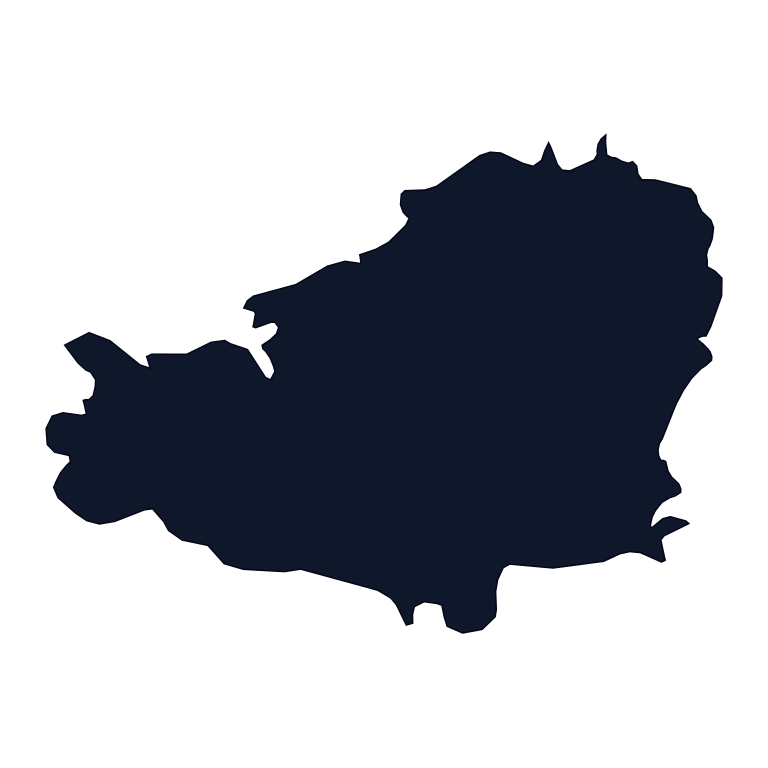 outline of Tavastia Proper
{"feature_id": "FIN-3185", "entity_name": "Tavastia Proper", "entity_type": "Region", "adm_level": 1, "iso_a3": "FIN", "parent_name": "Finland", "parent_adm1": "", "projection": "mercator", "projection_center": [24.379, 60.938], "detail": "fine", "context": "isolated", "style": "filled", "palette": "ink", "viewbox_px": 768, "rotation_deg": 0, "n_neighbors": 0, "source": "natural_earth", "source_scale": "10m", "svg_char_len": 2598}
<svg xmlns="http://www.w3.org/2000/svg" viewBox="0 0 768 768"><path d="M569.9,170.9L594.1,160.0L597.4,154.4L597.1,150.5L598.2,144.1L601.2,139.0L605.8,135.0L605.5,142.3L606.7,155.0L611.3,157.4L615.6,157.9L622.1,161.4L628.5,163.3L632.6,161.6L636.7,166.1L637.8,173.9L641.7,179.7L655.4,180.0L690.5,188.8L696.1,196.1L697.4,202.8L701.7,211.5L710.8,220.1L713.5,227.4L713.1,231.8L712.1,239.0L709.9,245.2L707.9,248.7L706.4,255.0L707.0,258.6L707.3,261.7L707.1,266.7L715.0,271.2L721.9,278.1L721.6,295.9L710.7,326.6L705.9,336.1L704.1,335.9L701.3,336.5L697.3,338.2L698.3,340.3L702.7,343.7L708.1,349.3L710.1,351.9L711.8,356.7L711.5,360.3L706.1,365.2L700.8,368.8L691.5,378.3L683.2,390.5L676.0,404.2L662.2,438.8L659.3,443.6L658.0,450.0L658.6,455.8L660.9,460.6L661.8,460.4L663.8,460.6L665.7,461.6L668.0,471.1L671.6,477.1L678.7,483.9L680.8,488.9L680.6,492.4L675.2,495.9L669.9,497.6L661.8,502.4L655.3,510.7L652.1,517.1L650.3,525.3L651.4,528.2L662.8,518.7L670.4,516.7L685.9,521.0L688.8,523.6L664.1,535.7L660.8,539.9L664.4,557.1L665.3,560.2L661.5,562.0L640.3,552.6L629.8,551.6L620.0,553.7L603.6,561.3L553.1,568.0L509.6,564.1L503.2,567.7L497.7,579.5L495.6,591.6L496.3,609.6L495.1,616.8L482.1,629.4L462.6,633.0L447.2,626.3L444.4,617.5L441.9,605.3L437.1,603.5L424.1,601.7L414.3,606.7L412.5,614.6L412.7,623.2L406.3,625.0L396.4,604.7L390.9,598.1L377.7,590.2L300.6,569.1L284.6,571.6L243.5,569.3L224.2,563.7L207.9,545.4L182.2,540.1L168.6,530.5L163.8,521.7L152.6,508.8L144.4,509.8L114.7,521.4L99.4,524.0L86.7,520.6L75.6,513.1L58.1,497.7L53.7,487.3L55.8,482.2L60.6,472.7L66.5,465.5L70.4,461.8L69.3,455.5L54.7,452.2L47.3,444.6L46.1,428.6L52.2,416.1L63.0,412.8L81.5,415.4L86.6,414.1L86.0,412.0L83.9,402.6L83.2,400.4L85.7,399.7L89.0,399.7L93.3,395.5L95.3,386.4L95.6,379.6L90.6,372.1L85.9,370.0L78.1,363.0L64.7,345.1L89.1,332.7L109.9,340.7L140.0,364.9L150.2,368.3L147.3,358.4L146.6,356.6L151.6,354.2L186.7,354.3L211.2,342.3L224.9,340.5L229.9,343.6L247.5,349.6L265.4,377.4L270.6,379.9L274.9,371.5L273.6,366.4L270.2,357.9L265.6,351.3L262.9,348.7L262.1,345.3L270.7,339.4L276.5,333.8L278.7,327.4L274.9,322.3L271.0,322.2L255.6,327.7L253.0,326.7L253.6,324.4L255.0,316.0L255.6,313.7L254.2,311.2L243.8,308.0L247.4,300.7L253.5,296.1L295.9,284.6L327.4,266.2L344.9,261.3L361.1,263.6L360.1,256.4L359.7,254.8L375.9,249.3L388.8,242.2L405.8,225.4L409.4,217.9L407.5,216.8L403.2,212.2L400.5,204.7L401.3,194.3L404.9,190.7L425.1,190.0L436.6,186.3L479.8,155.6L490.2,152.2L500.8,153.0L523.2,163.5L533.3,166.3L541.6,160.3L544.8,150.8L548.6,142.8L550.6,146.8L557.4,164.5L561.9,170.1L569.9,170.9Z" fill="#0f172a" stroke="#020617" stroke-width="1.5"/></svg>